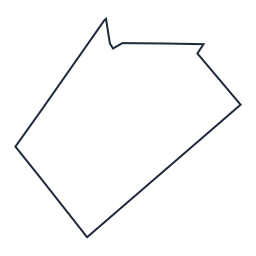 Wilson, Texas, United States of America (Robinson projection)
{"feature_id": "52423323B14345052331851", "entity_name": "Wilson", "entity_type": "district", "adm_level": 2, "iso_a3": "USA", "parent_name": "United States of America", "parent_adm1": "Texas", "projection": "robinson", "projection_center": [-98.109, 29.162], "detail": "fine", "context": "isolated", "style": "outline", "palette": "slate", "viewbox_px": 256, "rotation_deg": 0, "n_neighbors": 0, "source": "geoboundaries", "source_scale": "gbopen_adm2", "svg_char_len": 294}
<svg xmlns="http://www.w3.org/2000/svg" viewBox="0 0 256 256"><path d="M15.4,146.6L40.7,178.2L87.1,237.2L152.1,181.1L240.6,104.7L197.4,53.5L203.5,44.2L165.1,43.5L122.4,43.1L113.0,48.5L109.9,43.5L106.0,18.8L104.2,20.5L42.0,109.3L15.4,146.6Z" fill="none" stroke="#1e293b" stroke-width="2"/></svg>